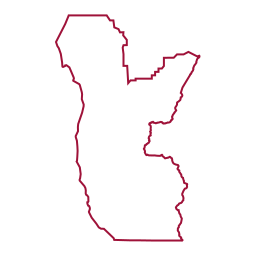 the district of Curry, Oregon, United States of America
{"feature_id": "52423323B63196257632244", "entity_name": "Curry", "entity_type": "district", "adm_level": 2, "iso_a3": "USA", "parent_name": "United States of America", "parent_adm1": "Oregon", "projection": "orthographic", "projection_center": [-123.977, 42.475], "detail": "fine", "context": "isolated", "style": "outline", "palette": "rose", "viewbox_px": 256, "rotation_deg": 0, "n_neighbors": 0, "source": "geoboundaries", "source_scale": "gbopen_adm2", "svg_char_len": 5565}
<svg xmlns="http://www.w3.org/2000/svg" viewBox="0 0 256 256"><path d="M68.7,15.4L68.5,16.0L65.2,24.0L56.0,42.0L57.4,46.1L58.8,48.2L60.8,53.9L62.1,62.4L62.4,66.4L62.6,66.8L63.2,66.9L65.1,66.0L65.2,65.4L66.4,65.2L69.4,67.4L73.7,77.5L73.9,78.7L73.2,80.3L73.3,80.8L79.2,84.1L79.8,85.0L81.8,92.2L82.1,94.4L81.8,99.2L83.7,104.5L83.6,106.4L82.1,112.7L78.2,124.0L77.9,127.0L78.0,131.2L75.7,136.1L75.8,137.3L76.9,140.7L77.4,146.6L77.6,150.9L77.3,156.8L77.0,160.8L76.6,161.5L79.8,167.3L80.7,174.1L80.1,178.3L79.6,179.8L79.7,180.6L84.4,186.1L85.4,188.1L85.8,190.4L85.7,193.4L85.9,194.1L86.2,194.8L87.1,195.3L88.3,197.0L88.4,201.4L87.9,202.2L87.3,202.3L87.4,203.7L88.2,205.7L89.2,206.1L89.8,207.8L89.9,209.0L88.9,211.8L89.1,212.5L91.7,217.7L96.3,223.6L98.8,227.4L101.0,228.7L103.9,228.8L113.7,238.2L114.2,239.9L129.1,240.3L133.5,240.3L135.7,240.3L136.0,240.3L150.9,240.5L180.0,240.5L182.1,240.6L182.5,240.1L182.2,239.6L181.4,239.1L181.0,238.2L181.2,237.8L180.9,237.2L180.5,236.9L179.5,236.2L179.1,235.0L179.4,234.5L179.0,232.4L177.8,230.6L177.9,228.3L178.8,227.3L178.8,225.9L179.3,225.1L179.9,224.6L180.3,223.7L180.9,223.1L181.1,222.4L181.6,219.9L181.8,218.5L180.7,216.5L180.3,214.5L179.4,213.5L178.9,211.6L178.6,210.1L177.8,210.2L176.3,208.8L175.9,207.3L177.3,205.4L178.3,204.9L179.1,203.6L180.1,203.2L181.0,203.0L181.4,202.6L181.9,202.3L182.4,201.2L183.3,200.3L183.3,199.3L183.5,198.1L183.0,196.1L182.3,195.1L182.2,193.9L183.5,190.8L184.8,188.7L186.4,188.2L187.1,186.9L187.0,186.2L186.9,185.2L187.2,184.4L187.1,184.0L186.8,183.8L186.2,183.7L185.4,183.3L184.2,182.9L183.9,181.8L183.9,180.7L183.4,179.8L183.0,177.8L182.3,177.5L181.7,176.8L181.4,176.1L181.2,174.4L180.5,173.7L180.1,172.9L179.6,172.3L179.2,171.7L179.3,170.5L178.4,169.8L177.8,169.5L177.5,168.7L177.9,167.9L178.6,166.1L177.9,165.0L176.0,164.6L174.5,164.0L173.4,163.3L173.1,162.7L172.7,162.1L172.5,161.4L172.2,160.7L172.2,159.6L171.9,158.4L171.6,158.4L171.2,158.0L170.9,157.6L170.1,156.9L169.6,156.8L168.9,157.3L168.5,157.6L168.3,157.6L167.9,157.6L167.6,157.8L166.4,158.0L165.7,158.2L165.3,158.3L165.0,158.3L164.4,157.7L163.7,156.9L163.0,156.5L162.4,156.0L162.3,155.1L162.0,154.8L161.6,154.9L161.1,155.2L160.7,155.5L160.0,155.9L159.1,155.8L158.1,155.8L157.0,155.7L156.3,155.7L155.4,155.5L154.7,155.4L153.8,155.5L153.1,155.4L151.9,155.5L151.2,155.4L150.6,155.4L149.4,155.4L148.6,155.3L148.0,155.0L147.6,154.7L146.9,155.0L146.7,155.1L146.2,154.9L145.9,154.5L145.7,154.1L145.4,153.6L145.2,153.2L145.0,152.9L144.8,152.4L145.0,151.5L144.9,150.8L144.6,150.3L144.4,149.6L144.2,149.3L143.9,149.0L143.9,148.6L144.1,148.4L144.5,147.9L144.6,147.5L144.6,147.2L144.7,146.8L144.8,146.5L144.8,145.8L144.9,145.3L145.4,145.1L145.8,145.0L146.2,144.8L146.4,144.3L146.6,144.0L146.9,143.9L147.4,143.8L147.7,143.3L148.0,143.2L148.3,142.9L148.8,142.7L149.0,142.1L149.4,141.5L149.6,141.1L149.5,140.7L149.2,140.6L149.0,140.4L149.1,139.8L149.3,139.1L148.7,138.4L148.8,137.4L149.2,136.4L150.1,135.7L150.7,135.4L150.6,134.7L150.4,134.2L150.5,133.6L150.7,133.4L150.9,132.9L150.6,132.5L150.1,131.7L150.4,131.1L150.7,130.9L150.9,130.0L150.6,129.1L150.8,127.4L150.7,126.0L150.2,125.3L149.8,124.8L149.4,124.7L149.2,124.2L149.5,123.4L149.8,123.1L150.3,123.0L150.9,123.0L151.1,122.8L151.2,122.5L151.4,122.2L152.1,122.2L152.2,122.3L152.5,122.1L152.8,121.9L153.0,121.8L153.3,122.0L153.4,122.6L153.9,122.8L154.7,122.9L155.1,123.0L155.5,123.1L155.9,123.3L156.6,122.9L157.3,122.9L157.7,122.6L158.1,122.6L158.6,122.6L158.9,122.5L159.7,122.2L160.3,122.1L160.7,121.9L161.4,122.0L161.8,122.1L162.2,122.3L162.3,122.6L162.6,123.2L163.1,123.2L163.3,123.2L163.4,123.4L163.8,123.6L164.3,123.4L165.0,123.5L165.4,123.2L165.9,123.2L166.3,123.0L166.9,122.9L167.5,122.5L168.2,122.6L168.8,122.5L169.3,122.4L169.7,122.2L170.1,122.0L170.3,121.6L170.7,121.4L170.8,121.1L170.9,120.8L170.9,120.6L171.1,120.2L171.7,120.1L171.9,119.7L172.0,119.4L172.5,119.2L172.6,118.9L172.4,118.7L172.5,118.3L172.3,117.9L172.2,117.6L172.1,117.2L172.1,116.5L172.3,116.2L172.6,115.9L172.7,115.2L173.0,114.7L173.2,114.4L173.7,113.8L174.1,113.3L174.3,113.1L174.3,112.6L174.7,112.2L175.0,112.0L175.3,111.6L175.5,111.2L175.9,110.9L176.2,110.4L175.9,109.8L175.5,109.2L175.4,108.9L175.2,108.3L175.2,107.8L175.3,107.5L175.7,106.8L176.1,106.3L176.4,105.8L176.6,105.4L177.0,104.7L177.0,104.3L177.1,103.8L177.1,103.5L177.0,103.2L177.1,102.6L177.4,102.2L177.7,102.0L178.1,101.8L178.5,101.6L179.0,101.1L179.4,100.7L179.7,100.5L180.1,100.2L180.4,99.7L180.4,99.1L180.7,98.5L180.7,97.7L180.7,97.4L181.1,97.1L181.6,96.9L181.9,96.6L182.1,96.1L182.3,95.8L182.3,95.4L182.1,94.6L181.6,93.8L181.2,93.2L180.8,92.9L182.5,87.5L185.1,83.2L190.0,75.1L190.1,74.9L190.1,74.6L190.6,74.2L190.9,74.0L191.0,73.7L190.9,73.5L191.1,73.3L191.3,73.1L191.6,72.7L191.7,72.1L192.0,71.8L192.3,71.4L192.5,71.2L192.8,70.7L193.0,70.4L193.1,70.0L193.3,69.5L193.4,69.1L193.2,68.8L193.2,68.5L193.2,68.1L193.4,67.9L193.5,67.6L193.6,67.3L193.7,66.9L193.9,66.4L194.1,66.0L194.3,65.4L194.6,65.2L194.9,64.8L195.2,64.4L195.6,63.9L195.9,63.3L196.4,62.7L196.3,61.8L196.5,61.2L196.7,60.6L196.9,59.8L197.1,59.3L197.4,58.8L197.7,58.4L197.9,58.0L198.4,57.9L199.0,57.5L199.3,57.1L199.3,56.4L199.5,55.9L199.9,55.6L200.0,55.5L197.2,56.4L188.4,51.9L183.6,54.4L177.0,54.4L173.8,57.7L163.9,57.8L163.9,66.0L161.9,68.5L158.5,68.5L158.5,71.9L155.1,71.9L155.1,75.3L151.8,75.3L151.8,78.7L135.6,78.7L135.6,80.4L130.5,80.4L128.2,83.1L127.2,65.9L123.5,65.9L123.5,54.1L122.7,47.6L123.5,45.2L126.8,45.1L126.8,39.9L123.2,35.4L123.4,32.2L120.0,32.4L118.5,29.1L114.3,27.4L113.4,20.4L110.0,20.4L106.7,15.4L68.7,15.4Z" fill="none" stroke="#9f1239" stroke-width="2"/></svg>